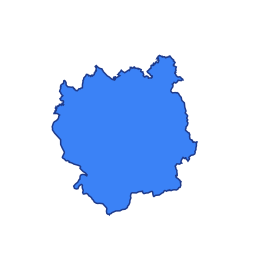 the district of Gazipur, Dhaka, Bangladesh, rotated 135°
{"feature_id": "16705992B50862305652789", "entity_name": "Gazipur", "entity_type": "district", "adm_level": 2, "iso_a3": "BGD", "parent_name": "Bangladesh", "parent_adm1": "Dhaka", "projection": "mercator", "projection_center": [90.414, 24.092], "detail": "fine", "context": "isolated", "style": "filled", "palette": "blue", "viewbox_px": 256, "rotation_deg": 135, "n_neighbors": 0, "source": "geoboundaries", "source_scale": "gbopen_adm2", "svg_char_len": 5814}
<svg xmlns="http://www.w3.org/2000/svg" viewBox="0 0 256 256"><g transform="rotate(135 128 128)"><path d="M139.9,206.8L142.2,205.1L142.7,205.5L144.8,205.8L146.1,205.3L146.1,204.7L147.0,204.5L147.2,203.8L150.3,202.4L150.6,202.0L150.4,201.0L150.7,200.3L151.0,200.1L151.0,199.4L151.4,198.4L151.2,197.0L152.0,196.8L153.1,197.1L154.3,196.6L155.1,196.8L155.1,196.5L155.5,196.5L155.9,195.4L155.7,194.3L155.0,193.7L154.6,192.9L155.1,192.5L155.1,192.0L156.1,191.5L156.4,191.5L157.0,192.1L157.4,192.0L157.6,191.3L157.1,190.1L157.6,190.0L157.7,190.9L158.4,191.1L158.8,191.9L159.2,191.6L159.3,192.7L159.8,193.2L160.7,192.6L162.2,193.3L162.2,192.7L162.7,192.9L162.7,193.1L163.9,193.1L164.0,193.7L164.4,193.2L164.5,193.5L165.3,193.5L165.6,192.4L165.3,192.1L165.8,192.1L165.9,191.5L166.2,191.2L167.7,191.6L167.8,190.7L169.6,190.9L170.1,190.6L167.8,188.3L167.2,185.5L168.4,185.4L170.1,184.2L171.7,183.8L174.1,184.0L175.6,184.5L177.3,184.2L180.7,182.5L181.6,181.1L182.7,180.1L183.5,176.3L183.9,167.4L187.3,163.9L188.8,159.9L189.9,156.2L190.7,155.4L195.1,153.8L195.4,153.0L194.9,150.8L195.1,149.0L194.6,148.2L193.7,147.6L193.2,145.7L193.8,145.4L193.7,145.1L192.7,143.6L191.9,141.5L191.9,141.0L189.5,136.7L188.8,134.9L189.0,134.0L190.3,133.6L190.5,133.2L190.5,129.1L189.9,126.2L190.1,123.8L191.0,123.4L191.6,125.6L192.6,127.0L193.7,127.8L195.0,128.1L196.0,127.7L198.3,125.8L198.9,126.1L201.9,125.2L204.8,125.5L207.5,125.3L208.5,123.2L207.6,121.4L206.3,120.5L204.2,121.4L203.1,121.6L201.0,121.2L200.7,120.8L200.8,119.7L202.1,118.7L203.0,117.4L203.7,115.6L205.7,114.4L206.2,113.0L205.9,112.5L203.7,111.2L203.2,109.8L203.6,107.5L203.2,106.5L203.1,104.5L203.6,103.2L203.5,101.8L204.1,99.5L203.6,97.3L202.8,96.1L201.4,94.9L199.4,92.4L199.6,86.8L200.1,85.8L202.0,84.5L203.3,82.7L203.3,81.5L202.7,80.7L202.6,79.9L202.2,80.2L200.2,79.4L199.3,79.5L195.2,77.9L192.2,75.1L189.7,74.4L187.6,72.7L185.1,72.2L184.3,72.4L183.6,73.0L181.7,73.1L179.5,74.0L177.9,75.4L175.4,76.5L174.4,78.1L172.7,79.2L171.8,79.5L170.8,79.2L168.0,76.2L165.4,75.3L162.5,73.0L163.0,72.5L163.3,70.9L163.1,70.3L161.1,69.2L159.7,67.9L156.6,66.8L155.8,66.1L155.9,65.2L157.2,63.6L158.2,61.8L158.1,61.2L156.2,60.9L153.2,58.5L149.3,57.8L148.6,57.4L147.4,57.9L146.1,57.7L145.4,56.0L143.5,55.6L143.4,54.9L142.2,54.7L142.4,54.1L141.6,53.1L140.6,52.8L139.1,51.8L137.5,49.9L136.0,49.5L134.3,49.9L133.2,49.2L131.2,50.1L129.3,52.5L128.6,52.4L128.4,52.6L128.6,54.2L128.3,54.5L128.5,55.6L128.4,56.4L128.9,59.0L128.3,59.8L128.2,60.4L127.9,60.6L127.3,60.5L127.2,59.6L126.9,59.6L125.7,60.8L124.5,62.5L123.5,63.3L122.9,65.4L122.1,66.4L121.9,67.2L121.5,67.7L121.2,67.6L118.7,68.1L117.2,66.1L116.6,65.8L115.7,65.9L114.8,65.2L114.5,66.5L113.9,67.0L112.8,67.6L109.9,68.3L109.7,67.9L109.8,66.6L109.2,66.2L108.4,66.3L108.2,66.1L108.8,65.0L108.7,63.7L109.0,62.2L106.6,62.6L106.2,62.9L105.9,64.0L105.6,64.2L102.7,64.1L101.0,62.9L99.2,62.5L97.8,63.2L97.2,64.2L96.5,64.2L95.1,64.8L94.1,65.9L92.1,67.1L90.7,68.6L89.1,69.3L89.4,69.7L90.2,69.7L91.2,71.5L91.9,71.6L92.1,72.0L91.7,72.5L91.8,73.0L91.2,73.7L91.3,74.4L91.7,74.4L91.9,76.7L91.2,77.4L90.7,78.3L89.0,79.6L89.0,80.2L88.4,80.8L88.3,81.5L88.7,82.1L88.9,85.7L88.1,86.5L86.9,87.0L86.4,87.7L84.0,88.0L82.0,89.2L81.6,91.0L81.0,91.5L80.5,91.3L79.9,91.7L79.7,93.2L79.2,93.7L77.9,94.0L77.1,94.7L76.9,98.2L75.0,99.0L73.2,102.5L70.4,105.9L70.4,109.5L68.7,112.1L68.5,114.7L67.9,116.7L68.3,118.3L68.7,118.3L69.5,119.6L71.6,121.3L71.9,122.4L71.7,123.8L71.1,124.3L69.4,125.0L67.2,125.4L66.0,126.4L65.7,127.6L65.1,127.3L63.1,127.7L62.4,126.0L60.2,125.8L58.8,126.3L57.0,124.0L56.6,123.7L55.6,123.8L55.1,123.2L54.9,123.7L55.3,124.0L54.9,124.6L55.1,125.6L54.9,126.9L55.5,127.9L56.5,128.5L56.8,129.6L56.9,130.8L56.1,132.9L56.2,133.7L56.0,133.9L54.8,133.6L54.6,134.5L53.1,134.9L52.8,135.9L50.7,137.0L51.2,138.1L51.2,138.8L51.8,139.9L51.1,140.6L50.1,140.5L49.7,140.9L48.5,140.9L48.3,141.6L48.5,143.3L47.7,143.6L47.7,143.9L47.9,146.3L47.5,149.2L48.3,149.2L48.3,149.6L48.7,149.5L50.0,150.1L50.1,150.5L51.0,150.6L51.2,151.2L51.8,151.2L51.9,152.7L53.5,153.9L53.1,154.4L53.7,155.1L54.4,157.0L56.0,157.3L56.5,156.9L57.3,157.1L58.5,156.7L57.4,156.1L57.4,155.7L57.9,155.1L58.9,155.0L58.3,154.3L58.4,154.0L60.5,152.9L60.8,153.1L61.2,154.8L62.2,155.0L62.6,154.3L63.8,154.3L64.1,155.7L65.2,155.3L65.3,154.6L65.6,154.2L66.5,154.9L66.8,155.6L67.5,155.8L69.5,154.1L69.9,154.4L70.2,154.2L71.1,154.5L72.4,154.3L74.4,154.5L74.8,153.5L74.4,150.1L74.8,149.6L74.6,148.6L74.8,148.0L74.3,148.2L74.1,148.0L74.4,147.3L75.1,146.8L76.2,146.8L77.0,147.9L78.3,148.8L77.5,150.1L78.0,151.5L78.6,152.0L79.1,151.8L79.7,152.1L80.0,152.7L80.3,152.7L80.1,153.4L80.3,154.2L79.2,154.7L78.4,156.1L78.4,156.8L77.9,157.3L78.6,157.7L79.0,159.0L77.4,159.9L78.4,162.6L79.1,162.5L79.0,163.4L79.5,163.7L80.3,165.1L80.8,165.2L80.3,166.5L80.9,166.7L81.2,167.1L82.0,166.8L82.5,167.3L83.0,167.4L82.7,168.4L83.5,169.3L84.6,168.3L86.4,167.7L86.6,168.5L91.2,169.4L91.9,171.9L91.9,173.6L93.4,173.2L96.0,173.2L96.7,172.9L97.4,173.0L96.8,170.8L100.6,171.7L100.9,172.0L100.7,173.1L102.1,173.9L102.3,173.6L103.1,173.6L103.3,172.8L103.1,172.2L102.3,172.2L102.1,171.9L102.6,171.4L103.6,171.4L104.9,173.8L105.2,177.4L105.8,179.4L105.6,185.4L105.1,186.5L105.2,187.2L104.7,187.8L104.7,188.3L105.9,190.3L106.3,192.5L106.3,194.6L107.7,194.7L107.9,194.0L107.3,193.5L109.6,191.6L109.6,191.1L110.1,190.8L110.4,191.3L111.0,191.2L112.3,190.4L112.9,190.7L114.1,189.7L116.6,190.0L116.1,190.9L116.6,191.1L118.0,191.0L117.9,192.0L118.2,192.5L118.9,192.7L118.6,194.2L119.5,195.3L121.2,194.7L123.9,194.6L125.2,193.6L126.2,193.5L127.2,192.4L129.3,191.1L131.8,188.7L133.1,189.5L134.1,189.5L134.8,190.4L137.5,190.2L138.3,191.2L138.1,191.5L138.5,192.3L138.0,193.8L138.6,194.3L138.0,195.5L138.5,196.4L139.0,196.6L141.5,199.8L141.3,202.2L139.7,203.9L139.2,205.7L139.4,206.6L139.9,206.8Z" fill="#3b82f6" stroke="#1e3a8a" stroke-width="1.5"/></g></svg>